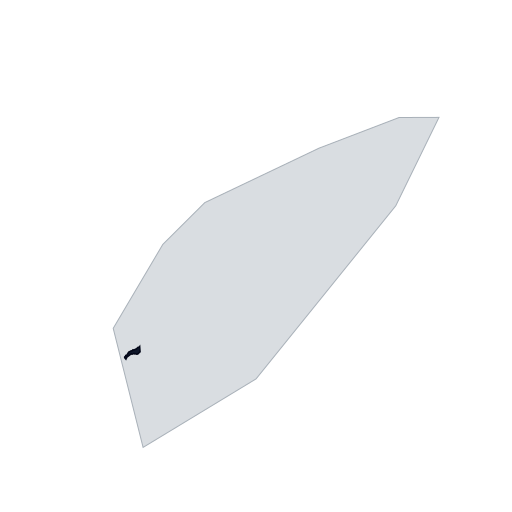 Morne Lezard Estate, Choiseul, Saint Lucia shown in context, rotated 37°
{"feature_id": "8701671B19228970825308", "entity_name": "Morne Lezard Estate", "entity_type": "district", "adm_level": 2, "iso_a3": "LCA", "parent_name": "Saint Lucia", "parent_adm1": "Choiseul", "projection": "equal_earth", "projection_center": [-61.026, 13.777], "detail": "fine", "context": "in_parent", "style": "filled", "palette": "ink", "viewbox_px": 512, "rotation_deg": 37, "n_neighbors": 0, "source": "geoboundaries", "source_scale": "gbopen_adm2", "svg_char_len": 2402}
<svg xmlns="http://www.w3.org/2000/svg" viewBox="0 0 512 512"><g transform="rotate(37 256 256)"><path d="M330.0,354.1L281.0,476.8L185.5,399.7L174.6,302.8L183.0,244.1L241.4,132.0L286.9,59.3L318.7,35.2L337.4,131.8L330.0,354.1Z" fill="#d9dde1" stroke="#a8b0b8" stroke-width="1"/><path d="M212.3,409.9L212.3,410.0L212.4,409.9L212.5,410.0L212.7,410.3L212.7,410.5L212.7,410.8L212.6,411.1L212.5,411.3L212.4,411.4L212.4,411.5L212.4,411.9L212.4,412.0L212.4,412.3L212.5,412.4L212.6,412.5L212.8,412.8L212.8,413.1L212.7,413.2L212.6,413.3L212.4,413.3L212.2,413.4L212.0,413.5L211.9,413.6L211.8,413.8L211.9,414.0L212.0,414.1L212.2,414.5L212.1,414.8L212.0,415.1L211.9,415.2L211.9,415.3L211.9,415.5L211.9,415.8L212.0,415.9L212.1,416.0L212.3,416.1L212.4,416.3L214.2,416.7L214.1,416.3L214.1,416.1L214.0,415.7L214.0,415.4L213.9,415.3L213.8,415.2L213.7,415.0L213.8,414.9L213.8,414.6L213.8,414.4L214.9,410.5L214.9,410.2L214.9,409.9L214.9,409.7L215.0,409.6L215.1,409.4L215.2,409.2L215.3,409.3L215.5,409.3L215.5,409.2L215.6,408.9L215.8,408.9L216.0,408.9L216.3,408.8L216.4,408.7L216.5,408.6L216.6,408.4L216.7,408.2L216.8,408.0L216.8,407.9L216.8,407.7L217.0,407.6L217.1,407.4L217.3,407.2L217.5,407.2L217.6,407.3L217.8,407.3L217.9,407.2L218.0,407.2L218.1,406.9L218.3,406.9L218.5,406.8L218.6,406.7L218.8,406.5L219.0,406.5L219.1,406.4L219.3,406.4L219.5,406.4L219.7,406.2L219.8,406.2L220.0,406.1L220.2,405.9L220.1,405.7L220.2,405.4L220.3,405.4L220.5,405.5L220.6,405.4L220.6,405.2L220.6,404.9L220.7,404.6L220.8,404.5L220.8,404.3L220.7,404.2L220.8,403.9L220.8,403.7L220.8,403.4L220.9,403.1L220.9,402.8L221.1,402.5L221.1,402.3L217.6,398.3L217.6,398.5L217.5,398.8L217.5,399.0L217.4,399.1L217.3,399.3L217.2,399.4L217.2,399.5L217.0,399.9L216.9,400.1L216.8,400.3L216.7,400.3L216.7,400.5L216.6,400.8L216.6,401.3L216.4,401.6L216.4,401.8L216.4,402.0L216.4,402.3L216.2,402.5L216.0,402.8L215.9,402.8L215.8,403.0L215.7,403.4L215.6,403.5L215.4,403.8L215.3,404.0L215.2,404.2L215.2,404.3L215.1,404.5L214.9,404.6L214.7,404.7L214.5,404.8L214.4,404.8L214.2,404.9L214.2,405.0L214.1,405.3L214.2,405.5L214.1,405.8L214.1,406.0L214.0,406.3L213.9,406.4L213.9,406.5L213.7,406.6L213.4,406.8L213.3,407.0L213.2,407.2L213.1,407.3L213.1,407.6L213.0,407.8L213.0,408.0L212.9,408.3L212.6,408.4L212.5,408.6L212.4,408.7L212.3,408.8L212.3,409.0L212.3,409.3L212.2,409.6L212.2,409.9L212.3,409.9L212.3,409.9Z" fill="#0f172a" stroke="#020617" stroke-width="1.5"/></g></svg>